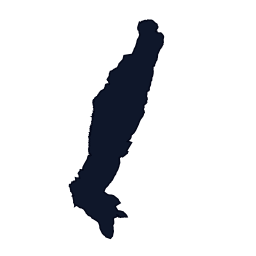 the district of Arpasu De Jos, Sibiu, Romania, rotated 212°
{"feature_id": "2599482B95893109106034", "entity_name": "Arpasu De Jos", "entity_type": "district", "adm_level": 2, "iso_a3": "ROU", "parent_name": "Romania", "parent_adm1": "Sibiu", "projection": "robinson", "projection_center": [24.641, 45.716], "detail": "fine", "context": "isolated", "style": "filled", "palette": "ink", "viewbox_px": 256, "rotation_deg": 212, "n_neighbors": 0, "source": "geoboundaries", "source_scale": "gbopen_adm2", "svg_char_len": 5894}
<svg xmlns="http://www.w3.org/2000/svg" viewBox="0 0 256 256"><g transform="rotate(212 128 128)"><path d="M174.3,223.7L173.0,218.8L172.6,218.0L171.5,216.7L170.3,216.6L168.9,214.8L167.3,213.4L166.6,210.5L166.6,209.4L166.7,208.4L166.2,206.4L165.9,206.2L164.5,201.0L164.4,198.4L163.9,196.7L163.5,193.1L163.6,192.5L169.7,187.3L168.4,183.5L169.5,177.7L169.1,176.3L168.9,174.4L169.0,173.1L170.2,171.6L170.3,170.8L171.0,170.1L171.0,169.6L171.7,168.0L172.9,166.6L172.5,165.4L172.6,164.7L171.5,162.6L171.1,161.5L171.3,161.2L171.3,158.2L170.5,157.7L169.6,157.9L169.0,157.1L167.6,156.1L167.1,155.3L167.2,155.0L168.6,154.6L169.7,153.4L169.8,152.6L169.7,152.2L169.2,151.9L169.0,150.0L168.8,149.6L168.7,148.1L170.5,144.9L170.7,143.4L170.6,142.9L170.8,142.6L170.7,142.3L170.8,141.9L170.6,141.6L170.5,141.1L170.9,140.6L170.8,140.1L170.6,139.8L170.8,139.5L170.6,139.1L170.8,138.2L171.4,137.6L171.3,137.0L171.9,136.1L171.7,135.0L171.7,134.3L172.0,133.9L171.8,133.7L172.0,133.3L171.5,132.9L171.7,132.7L171.3,132.5L171.4,132.3L171.1,132.2L171.5,131.8L171.2,131.1L170.8,131.0L170.5,130.3L170.0,130.1L169.8,129.5L169.5,129.5L169.4,129.1L168.9,129.0L168.6,128.5L168.2,128.3L168.1,127.2L167.2,126.8L167.0,126.3L166.8,126.1L166.8,125.8L166.3,125.5L166.1,125.0L165.5,124.2L166.1,123.8L165.4,123.4L165.1,123.0L165.2,122.2L165.5,121.9L165.3,121.2L164.8,121.1L165.1,120.3L164.6,120.0L164.2,120.1L164.3,119.9L163.9,119.6L164.0,119.5L164.2,119.2L164.0,119.3L163.9,118.9L164.1,118.7L163.9,118.2L163.6,118.1L163.5,117.6L162.5,116.5L162.6,116.2L162.3,115.9L162.0,114.1L161.6,114.0L161.2,113.2L161.2,112.8L160.5,112.3L160.1,111.5L160.2,111.3L160.8,110.8L160.4,110.3L160.5,110.0L160.4,109.6L160.6,109.4L160.5,109.0L159.6,108.8L159.8,108.4L159.5,107.8L159.6,107.5L159.0,107.4L159.3,107.1L158.8,106.9L158.9,106.3L158.5,106.3L157.9,105.4L157.7,104.7L158.2,103.7L157.3,103.4L157.5,103.1L157.3,102.7L157.0,102.7L157.0,102.9L156.5,102.5L157.0,101.9L156.4,101.6L156.5,101.0L156.2,100.7L156.2,100.4L156.7,100.0L156.4,99.6L156.0,99.5L155.5,98.8L155.0,98.6L154.5,97.7L154.2,96.8L153.6,96.4L153.5,95.2L153.1,95.2L152.4,94.3L152.5,94.1L152.2,93.8L152.2,93.5L151.5,93.1L151.7,92.6L151.0,92.1L150.5,90.4L150.1,90.0L150.2,89.4L149.8,89.1L149.6,88.7L148.9,88.3L149.0,87.8L148.7,87.7L148.6,87.3L148.0,86.8L147.7,86.7L147.4,86.0L146.2,86.1L145.1,85.3L146.1,84.5L145.9,84.2L146.5,84.2L146.8,83.5L146.6,82.1L146.3,81.6L145.8,79.8L145.6,74.5L145.3,71.0L144.9,70.9L144.9,70.2L144.2,69.2L144.5,69.1L144.2,68.3L146.3,67.3L145.8,66.2L146.1,64.2L146.1,63.3L145.8,62.9L144.8,62.7L142.6,59.9L144.9,58.3L146.1,58.0L144.5,56.2L144.4,55.8L144.2,55.6L144.5,55.1L145.9,53.9L145.8,53.6L145.3,53.4L145.4,53.1L146.8,52.5L146.4,51.2L146.4,50.6L146.8,49.4L147.5,49.1L147.4,48.6L146.7,47.8L146.7,47.6L146.4,47.6L146.1,47.3L145.2,46.9L144.3,45.7L143.3,44.7L143.0,44.1L141.7,44.0L140.9,43.3L140.5,43.3L139.7,42.6L138.8,42.2L139.0,42.1L138.5,41.3L139.2,41.1L139.2,40.9L138.6,41.1L138.4,40.9L138.5,40.7L138.4,40.8L135.2,37.4L134.6,36.2L133.8,35.8L133.4,35.4L132.4,34.8L132.0,34.2L131.7,33.5L131.1,34.9L130.2,35.4L129.7,35.2L129.1,35.4L127.2,35.1L126.3,35.2L125.2,35.8L122.9,35.9L122.1,35.8L119.3,34.6L118.2,33.8L117.0,33.7L116.5,33.3L116.0,33.2L114.8,33.1L113.3,33.5L112.1,33.4L110.7,32.7L109.2,32.9L105.1,32.9L103.0,32.6L100.5,30.7L99.8,30.0L98.7,28.4L97.9,27.8L93.9,25.3L91.7,24.7L90.5,24.8L89.0,24.1L84.5,25.1L84.3,25.9L84.3,27.0L84.0,28.0L84.9,30.1L85.6,32.2L86.3,33.3L87.1,34.0L88.0,35.6L89.5,37.1L89.7,39.5L90.6,40.9L92.3,43.1L92.5,43.7L92.2,44.8L90.9,46.4L90.2,47.6L90.3,47.9L90.9,48.4L89.9,48.6L90.0,48.1L89.4,48.2L88.6,47.7L88.1,48.1L86.9,48.4L86.7,48.9L84.9,50.0L83.8,51.1L82.8,51.4L81.7,52.2L83.1,53.1L85.6,53.8L86.6,53.8L87.5,54.2L90.7,53.3L93.1,52.2L93.9,52.9L96.2,54.0L97.3,54.8L97.2,55.9L95.0,60.3L97.4,61.2L98.4,62.0L98.9,62.2L104.3,62.8L106.2,62.3L108.6,61.0L110.0,60.6L114.7,60.9L115.2,62.8L115.5,65.0L115.4,65.9L115.0,67.2L114.7,68.7L114.7,71.3L114.1,73.1L114.3,74.0L113.9,75.5L114.4,80.1L114.2,82.3L114.7,83.9L114.8,87.1L115.6,90.6L116.2,92.2L116.7,94.1L119.6,97.9L118.9,100.4L117.4,100.7L117.1,101.3L117.1,101.7L116.8,102.2L116.6,102.9L116.4,103.0L116.5,103.4L116.1,104.1L116.1,104.7L115.6,105.3L115.6,105.7L115.3,106.2L115.6,106.6L115.6,107.8L117.1,107.8L117.3,117.5L120.0,116.9L121.3,116.3L121.0,118.2L120.6,119.1L120.5,120.8L120.8,122.2L121.4,122.7L121.6,123.3L121.4,123.9L121.5,124.6L121.1,125.0L121.2,125.3L120.6,126.8L120.5,129.9L121.3,136.5L121.9,139.4L122.2,141.8L121.9,145.9L122.2,147.5L122.8,148.5L122.5,149.0L122.5,149.8L123.9,151.2L125.0,151.7L125.3,152.5L125.5,154.1L126.9,155.4L126.4,156.5L126.1,158.0L125.8,158.4L126.4,159.1L125.9,159.9L126.9,160.5L127.0,161.0L126.9,162.0L127.1,162.4L127.1,162.7L127.8,163.3L128.2,163.9L129.0,164.1L129.7,165.4L129.8,166.1L130.2,166.4L130.2,166.9L130.7,167.3L130.9,168.1L131.3,168.6L131.4,169.0L131.1,169.5L130.4,170.4L130.2,170.8L130.6,172.2L131.2,172.8L131.6,173.8L131.9,176.4L133.5,179.5L133.3,180.9L134.8,183.6L134.8,184.9L135.7,187.3L136.9,189.5L138.0,190.7L138.6,192.0L139.5,193.2L139.2,194.2L138.8,194.3L138.7,194.9L138.8,195.2L139.3,195.6L139.3,196.8L139.5,197.2L139.5,197.8L139.7,198.4L139.7,198.9L140.1,199.5L139.7,200.4L139.9,201.0L139.9,201.5L140.4,202.3L140.5,203.1L140.9,203.4L140.9,203.9L141.3,204.4L141.3,204.8L141.9,205.3L142.0,205.8L142.9,212.0L142.6,213.1L142.8,213.9L142.5,214.7L142.8,215.5L142.8,217.5L143.6,218.3L143.5,219.1L145.3,221.6L146.2,224.1L147.3,225.0L149.9,225.9L150.8,225.8L151.4,225.2L153.3,224.3L154.0,224.3L154.8,225.3L155.7,224.6L156.1,225.8L156.1,226.5L156.4,226.9L156.4,227.3L156.0,227.7L156.1,228.0L156.0,228.8L156.6,229.8L157.8,230.3L158.3,231.2L158.6,231.3L160.7,231.3L163.4,231.9L164.7,231.9L165.6,231.6L166.7,230.8L168.5,229.9L168.7,229.5L168.7,228.9L168.9,228.6L170.2,228.4L171.1,227.6L171.2,226.8L171.8,226.6L171.9,226.2L172.5,225.8L172.3,225.4L173.0,225.0L172.8,224.5L173.3,223.5L174.3,223.7Z" fill="#0f172a" stroke="#020617" stroke-width="1.5"/></g></svg>